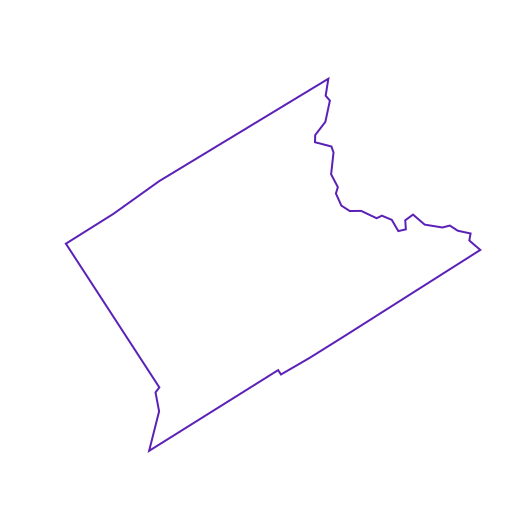 the district of Piute, Utah, United States of America, rotated 148°
{"feature_id": "52423323B20022014337475", "entity_name": "Piute", "entity_type": "district", "adm_level": 2, "iso_a3": "USA", "parent_name": "United States of America", "parent_adm1": "Utah", "projection": "robinson", "projection_center": [-112.292, 38.329], "detail": "fine", "context": "isolated", "style": "outline", "palette": "violet", "viewbox_px": 512, "rotation_deg": 148, "n_neighbors": 0, "source": "geoboundaries", "source_scale": "gbopen_adm2", "svg_char_len": 638}
<svg xmlns="http://www.w3.org/2000/svg" viewBox="0 0 512 512"><g transform="rotate(148 256 256)"><path d="M62.6,142.3L66.9,156.1L62.1,161.4L71.5,170.5L75.5,179.1L82.8,181.4L96.3,193.2L100.9,207.9L110.5,207.2L114.8,199.2L122.1,201.7L121.7,214.7L127.9,223.5L133.7,224.1L142.9,238.5L152.7,244.5L156.9,253.5L155.1,266.7L150.1,271.0L149.0,285.5L135.4,302.7L134.0,308.9L145.7,321.2L141.7,327.2L126.1,333.0L111.0,348.6L112.0,355.0L100.7,368.0L298.4,370.8L354.9,367.3L410.7,367.2L407.6,195.8L413.5,193.6L420.5,175.6L449.9,147.4L297.7,147.5L297.6,142.3L264.9,141.2L223.9,141.2L62.6,142.3Z" fill="none" stroke="#5b21b6" stroke-width="2"/></g></svg>